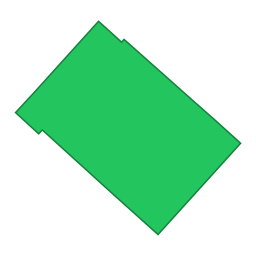 Dunn, Wisconsin, United States of America, rotated 312°
{"feature_id": "52423323B57646152356448", "entity_name": "Dunn", "entity_type": "district", "adm_level": 2, "iso_a3": "USA", "parent_name": "United States of America", "parent_adm1": "Wisconsin", "projection": "orthographic", "projection_center": [-91.869, 44.947], "detail": "fine", "context": "isolated", "style": "filled", "palette": "green", "viewbox_px": 256, "rotation_deg": 312, "n_neighbors": 0, "source": "geoboundaries", "source_scale": "gbopen_adm2", "svg_char_len": 335}
<svg xmlns="http://www.w3.org/2000/svg" viewBox="0 0 256 256"><g transform="rotate(312 128 128)"><path d="M191.8,160.4L191.4,98.3L191.2,65.8L187.5,65.8L187.6,34.7L95.1,34.5L92.9,34.5L64.2,34.1L63.9,65.5L69.2,65.6L68.8,159.7L68.9,221.6L192.0,221.9L192.1,187.3L191.8,160.4Z" fill="#22c55e" stroke="#15803d" stroke-width="1.5"/></g></svg>